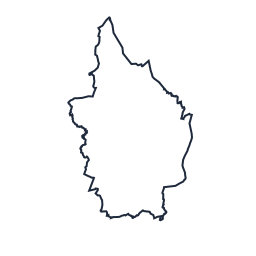 Bebrenes pag., Ilukstes, Latvia, rotated 300°
{"feature_id": "27541924B36563614052180", "entity_name": "Bebrenes pag.", "entity_type": "district", "adm_level": 2, "iso_a3": "LVA", "parent_name": "Latvia", "parent_adm1": "Ilukstes", "projection": "equal_earth", "projection_center": [26.104, 56.053], "detail": "fine", "context": "isolated", "style": "outline", "palette": "slate", "viewbox_px": 256, "rotation_deg": 300, "n_neighbors": 0, "source": "geoboundaries", "source_scale": "gbopen_adm2", "svg_char_len": 5532}
<svg xmlns="http://www.w3.org/2000/svg" viewBox="0 0 256 256"><g transform="rotate(300 128 128)"><path d="M66.2,113.1L66.5,117.8L66.8,119.4L66.8,121.3L67.8,123.1L67.8,123.5L54.3,125.7L58.7,130.3L59.4,130.2L60.2,132.2L59.2,132.9L55.1,132.7L54.5,135.6L55.2,136.6L55.3,137.6L52.9,140.9L52.6,141.6L48.6,144.3L44.4,145.7L44.0,145.8L43.2,145.5L42.6,145.7L42.2,146.6L45.0,150.8L44.6,151.8L43.2,152.9L41.6,153.5L42.8,154.5L41.7,155.1L42.0,155.9L41.9,157.0L42.0,157.9L42.3,158.3L41.7,158.4L43.9,160.2L44.1,160.8L45.0,162.3L46.4,164.5L47.1,165.3L48.8,166.4L51.1,168.7L51.0,169.5L53.8,171.1L53.2,172.5L53.5,173.9L53.4,174.2L53.6,174.4L53.6,174.6L53.3,174.8L53.4,175.4L53.6,175.8L53.3,175.8L53.1,176.2L52.5,176.6L52.4,176.8L52.5,177.2L52.9,177.4L54.0,177.6L54.2,178.0L54.2,178.3L54.4,178.5L56.9,179.3L56.9,179.5L56.8,179.8L57.0,180.1L57.6,180.4L58.0,180.4L58.3,180.5L59.0,180.5L59.6,180.4L63.5,181.8L63.7,182.1L64.1,182.2L64.0,183.5L64.8,185.0L65.0,186.0L65.1,186.3L65.5,186.7L66.1,188.2L66.2,188.8L65.8,189.0L65.7,189.6L65.1,190.3L65.3,193.4L63.5,195.4L62.9,195.8L64.3,196.9L65.2,197.4L66.0,198.1L68.0,200.5L67.1,200.5L66.5,200.8L66.0,201.1L64.3,201.6L64.3,202.1L64.4,202.3L64.8,202.6L65.5,202.9L66.3,203.6L67.4,203.3L67.5,202.8L68.0,202.5L70.6,202.3L71.9,202.3L72.1,202.4L72.0,202.9L72.3,203.0L73.0,203.3L74.1,203.4L74.8,202.9L74.8,202.7L74.6,202.3L74.8,202.0L75.0,201.9L75.5,200.2L76.9,198.9L76.8,198.6L76.4,198.0L76.5,197.7L76.8,197.4L77.8,197.2L79.6,197.1L79.6,196.6L83.4,195.3L83.6,195.0L84.1,194.8L84.0,194.0L87.2,192.3L88.4,191.6L88.6,190.5L89.2,190.2L90.8,189.8L93.7,189.3L94.8,188.8L101.6,198.0L105.5,200.2L109.1,202.5L110.2,202.7L111.4,202.7L112.2,203.2L112.9,202.9L113.6,202.9L115.7,201.1L117.7,199.8L121.7,194.9L123.1,193.7L128.2,191.6L129.4,191.5L129.7,191.4L132.6,191.1L137.9,190.9L139.7,190.4L143.6,189.9L146.0,189.3L148.5,189.0L151.7,188.2L154.9,186.0L162.8,178.9L171.3,176.7L170.7,174.9L171.0,174.1L166.9,171.3L165.6,171.5L163.6,171.1L163.4,171.3L162.8,169.4L163.6,169.3L167.0,168.3L167.3,168.3L167.6,168.1L168.8,167.6L172.9,167.4L174.0,166.2L173.0,165.3L173.3,165.2L173.5,165.0L173.4,164.7L173.5,164.6L173.5,164.2L173.6,163.7L174.1,163.1L174.7,162.9L175.3,162.0L176.0,161.6L175.8,161.3L177.2,160.7L176.6,160.2L176.3,160.0L176.3,159.9L175.0,159.5L174.7,159.0L174.4,158.9L174.3,158.5L176.8,156.8L178.0,156.5L178.6,156.0L179.6,155.7L179.9,154.6L179.3,153.8L179.7,153.4L178.8,152.7L178.7,152.2L178.4,151.9L178.5,151.5L178.6,150.4L177.8,150.2L177.7,150.0L177.7,149.7L178.9,148.3L179.6,148.3L179.7,147.9L179.7,147.4L178.2,145.9L178.9,144.9L178.1,144.2L178.9,143.9L179.6,141.5L180.1,140.6L179.5,139.8L180.4,139.4L182.5,133.7L183.1,132.5L183.0,132.1L183.2,131.8L183.6,128.5L183.8,127.1L183.7,126.7L184.6,123.7L186.8,121.5L189.1,118.9L196.5,112.3L188.7,109.7L188.5,109.2L189.8,107.8L189.8,107.5L187.4,105.5L187.4,104.6L187.7,102.8L185.1,99.0L190.1,86.4L194.8,83.0L203.2,67.9L209.4,63.0L211.5,60.2L212.1,59.1L212.6,58.9L212.6,58.5L212.5,58.3L213.9,57.7L214.4,57.0L214.4,56.5L213.6,56.2L210.5,55.3L203.8,54.7L199.8,52.4L198.2,55.1L192.8,56.3L192.7,57.9L190.4,58.9L190.0,59.3L188.3,60.0L186.7,60.4L185.5,60.4L184.1,60.2L183.3,59.6L181.9,59.5L177.5,61.6L177.4,61.8L175.2,62.9L175.1,64.9L173.1,66.9L170.6,69.1L169.3,70.6L165.1,71.6L160.9,70.4L155.9,67.3L154.9,67.8L154.7,68.2L156.6,69.7L156.4,69.8L156.2,72.2L152.9,74.5L152.1,75.2L151.4,75.6L150.9,75.9L150.3,76.0L148.3,76.7L147.5,76.7L147.0,76.9L146.4,77.4L146.0,78.6L146.0,79.1L146.1,79.4L146.6,80.1L140.9,80.9L140.7,81.0L137.6,81.7L135.8,78.0L131.9,74.0L131.4,73.6L128.2,68.9L127.4,67.3L126.7,66.7L126.2,66.2L125.1,66.0L123.1,64.4L120.3,63.6L119.9,64.0L119.3,65.3L119.4,65.9L119.1,66.5L118.5,67.1L118.6,67.6L118.3,68.1L118.3,68.3L118.5,68.7L118.4,68.8L117.6,69.0L117.2,69.0L116.4,69.4L115.6,69.3L115.0,69.6L114.0,69.7L113.8,70.2L113.4,70.3L113.2,70.6L112.3,70.2L111.2,70.3L110.9,70.8L110.6,71.1L110.6,71.3L110.1,71.6L110.5,72.1L111.1,72.3L111.2,72.6L111.9,72.9L111.6,73.4L111.9,73.5L111.3,73.6L110.8,73.9L110.7,73.8L110.4,74.0L109.7,74.1L109.5,74.5L108.9,75.4L108.3,75.4L107.8,75.6L107.6,75.8L107.3,76.5L106.4,77.0L106.0,77.4L105.7,78.6L105.8,79.0L105.7,79.1L105.2,79.7L105.0,80.1L105.0,80.6L105.3,82.0L104.6,82.3L104.5,82.8L103.9,83.3L104.3,84.1L104.8,84.6L104.9,84.9L104.6,85.3L104.6,85.5L104.9,85.7L105.1,86.0L105.4,86.1L105.6,86.5L106.0,86.5L106.3,86.9L105.4,88.2L105.9,89.2L105.5,89.8L105.7,90.4L105.6,91.1L105.4,91.2L105.5,91.5L105.3,91.6L105.5,91.8L105.3,91.9L105.3,92.0L105.2,92.2L105.3,92.2L105.1,92.2L105.2,92.3L104.9,92.5L104.6,92.7L104.7,92.8L104.5,93.0L104.4,93.2L104.5,93.6L104.4,93.7L104.5,93.8L104.1,93.9L104.0,94.4L103.7,94.4L103.6,94.6L103.4,94.8L102.4,94.2L102.3,93.7L102.2,93.7L102.2,93.9L101.2,93.9L101.0,94.2L100.7,93.9L100.3,93.9L100.3,93.7L100.1,93.7L100.3,93.6L100.2,93.5L99.7,93.5L99.2,93.7L98.9,93.6L98.9,93.4L98.5,93.2L98.8,92.8L98.6,92.8L98.7,92.6L98.6,92.4L98.1,92.3L98.0,92.6L97.9,92.7L97.9,92.8L97.4,93.1L97.9,93.5L98.2,93.7L98.3,93.8L98.0,94.1L97.9,94.4L97.2,94.4L97.3,94.7L97.2,94.8L96.7,94.9L96.6,95.2L97.0,95.6L96.5,97.3L93.5,98.4L92.9,99.4L92.6,99.4L92.2,99.2L90.7,97.5L90.5,97.4L89.1,97.0L88.9,97.2L88.5,96.8L87.8,97.1L87.6,97.0L87.6,96.9L87.2,96.8L86.7,97.1L86.2,97.1L86.1,97.3L85.9,97.7L86.1,97.8L85.8,98.1L85.7,98.4L85.2,98.5L84.7,99.1L84.5,99.3L83.6,99.4L83.3,99.6L83.6,101.1L83.5,101.4L82.1,102.4L82.0,103.0L81.3,104.1L80.9,104.3L80.9,105.6L81.5,106.3L82.1,106.6L82.7,106.7L82.6,107.0L81.9,108.7L80.7,110.1L77.7,109.7L74.1,111.3L72.9,110.7L72.5,110.7L71.2,112.3L68.7,112.6L66.2,113.1Z" fill="none" stroke="#1e293b" stroke-width="2"/></g></svg>